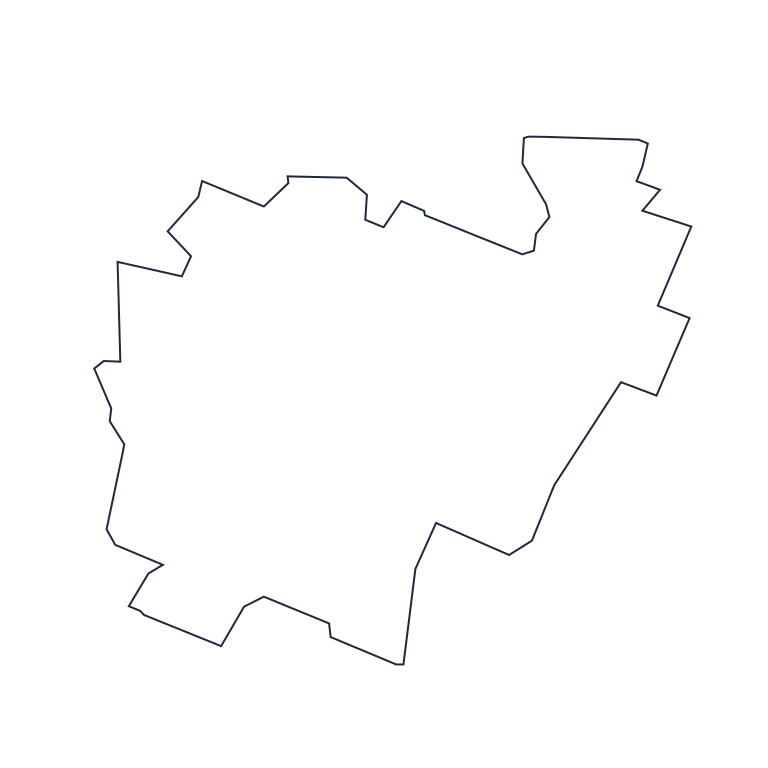 Kennebec, Maine, United States of America, rotated 11°
{"feature_id": "52423323B98576109214460", "entity_name": "Kennebec", "entity_type": "district", "adm_level": 2, "iso_a3": "USA", "parent_name": "United States of America", "parent_adm1": "Maine", "projection": "robinson", "projection_center": [-69.775, 44.414], "detail": "fine", "context": "isolated", "style": "outline", "palette": "slate", "viewbox_px": 768, "rotation_deg": 11, "n_neighbors": 0, "source": "geoboundaries", "source_scale": "gbopen_adm2", "svg_char_len": 989}
<svg xmlns="http://www.w3.org/2000/svg" viewBox="0 0 768 768"><g transform="rotate(11 384 384)"><path d="M249.7,198.6L251.8,205.0L237.3,225.5L232.2,232.7L166.7,219.5L166.0,235.9L142.5,275.4L170.2,295.4L165.0,316.9L99.2,315.0L120.9,412.4L104.5,414.9L96.6,424.1L120.9,460.0L121.9,472.9L140.5,492.7L140.6,500.6L139.4,579.6L150.9,593.2L201.4,603.7L188.9,615.0L175.9,650.8L187.8,653.2L192.5,656.5L274.1,672.4L289.1,629.3L306.6,615.7L373.2,629.0L375.8,629.5L379.9,642.6L449.5,657.0L456.6,655.6L450.1,559.5L460.6,514.8L461.6,510.5L539.4,528.0L553.9,514.4L559.1,509.6L570.4,450.9L616.3,337.0L653.7,343.4L671.4,261.0L637.8,254.9L655.6,170.8L604.6,164.6L617.9,140.7L593.2,136.7L596.2,121.4L597.1,97.6L587.3,95.6L496.5,110.4L478.7,113.6L474.4,115.9L477.8,141.1L508.9,176.8L514.5,188.6L504.6,207.6L505.7,224.5L495.0,230.3L449.9,221.7L414.4,214.8L392.0,210.5L390.3,206.4L366.2,201.1L353.7,230.2L334.3,226.4L331.1,201.5L308.0,188.6L249.7,198.6Z" fill="none" stroke="#1e293b" stroke-width="2"/></g></svg>